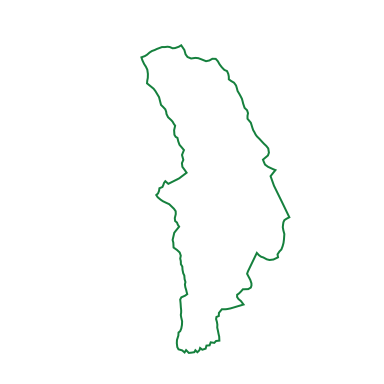 Cerqueira César, São Paulo, Brazil, rotated 149°
{"feature_id": "56859067B82361031328738", "entity_name": "Cerqueira César", "entity_type": "district", "adm_level": 2, "iso_a3": "BRA", "parent_name": "Brazil", "parent_adm1": "São Paulo", "projection": "albers", "projection_center": [-49.128, -23.072], "detail": "fine", "context": "isolated", "style": "outline", "palette": "green", "viewbox_px": 384, "rotation_deg": 149, "n_neighbors": 0, "source": "geoboundaries", "source_scale": "gbopen_adm2", "svg_char_len": 3054}
<svg xmlns="http://www.w3.org/2000/svg" viewBox="0 0 384 384"><g transform="rotate(149 192 192)"><path d="M116.5,165.1L113.1,166.4L109.2,167.8L110.8,169.9L113.9,174.5L115.3,177.9L114.9,181.0L114.5,183.2L108.1,184.2L105.8,186.1L104.2,190.1L104.6,193.2L105.5,196.4L106.1,199.2L106.8,202.7L107.7,206.2L107.9,208.5L107.7,211.2L107.7,213.4L107.2,215.8L106.6,218.2L105.9,221.1L106.7,226.2L105.2,228.7L103.4,230.7L102.7,233.7L103.6,237.0L102.6,241.5L101.9,243.7L101.2,246.2L101.0,249.2L100.9,251.9L100.9,255.1L100.1,257.8L99.4,260.6L99.7,264.1L101.2,266.8L102.4,269.6L101.0,272.0L100.1,274.5L99.7,277.6L101.4,280.0L102.2,283.5L102.6,287.1L102.5,290.8L103.1,293.9L105.9,295.7L109.4,295.8L112.6,296.9L115.7,301.0L117.7,303.5L120.0,305.2L124.0,306.9L126.3,310.0L126.6,313.3L125.4,317.7L125.7,323.3L128.5,323.3L132.4,324.1L134.6,325.2L136.4,327.7L138.1,329.1L140.8,330.3L143.1,331.7L146.3,332.3L148.5,332.7L150.8,332.9L153.8,333.5L156.6,333.4L159.9,332.8L162.5,332.8L166.0,333.5L166.7,330.4L167.1,326.4L167.0,323.1L167.3,319.9L169.0,315.9L171.1,312.6L173.0,310.5L174.6,308.3L171.7,300.3L171.4,297.3L171.4,290.3L173.7,282.6L173.0,279.9L172.3,276.6L172.8,274.1L173.7,272.0L174.0,268.4L172.8,264.3L172.4,262.2L172.5,259.8L172.3,257.5L175.5,254.2L177.6,250.1L177.6,247.7L176.6,245.9L177.7,242.5L178.4,238.9L177.8,235.3L177.3,232.1L181.5,228.9L182.9,224.0L185.8,221.9L187.3,218.5L186.9,214.6L186.7,211.3L196.0,210.3L208.1,211.2L209.3,215.0L211.3,214.2L212.8,212.9L214.8,211.5L218.0,212.0L219.6,210.0L221.8,208.3L224.2,207.8L224.1,205.2L222.9,201.7L221.7,199.1L219.8,196.2L217.8,193.3L217.1,190.7L216.1,186.9L215.9,183.9L217.3,181.4L220.2,178.5L221.4,175.8L220.6,173.5L221.0,171.3L220.9,168.9L225.6,167.2L228.2,166.2L230.4,163.9L233.3,160.9L234.1,158.2L236.4,153.9L234.7,150.0L233.7,146.5L234.4,143.2L236.4,141.0L237.2,138.5L238.7,135.8L238.7,133.1L240.2,130.2L241.4,126.8L241.6,124.4L243.2,121.2L244.0,118.2L245.7,116.4L246.8,113.7L247.4,111.2L248.1,109.0L248.7,106.9L251.3,106.7L255.4,107.2L257.5,105.9L259.1,102.5L261.0,98.8L262.3,96.0L263.5,94.1L264.9,92.4L265.8,90.2L267.1,86.2L269.1,83.2L271.5,80.5L273.8,78.8L275.9,78.5L277.7,75.9L281.1,72.9L282.9,70.2L284.5,66.6L284.6,64.1L282.0,61.3L281.0,58.3L278.5,59.5L277.6,55.7L275.0,54.5L272.5,53.5L270.6,54.6L269.9,51.9L267.2,52.5L265.4,54.1L264.4,51.5L261.0,50.7L258.7,52.9L255.9,51.5L253.4,53.5L250.6,51.2L248.1,51.9L245.1,50.5L243.2,54.0L242.3,56.8L241.3,59.5L240.2,62.8L238.6,65.2L237.6,67.7L236.8,70.7L235.4,72.3L232.9,71.9L231.2,74.5L226.8,76.1L224.2,74.5L222.3,73.6L219.0,72.4L205.8,69.0L206.2,73.2L207.3,76.4L207.4,78.8L206.2,80.7L204.1,80.8L200.9,81.6L198.5,82.4L196.0,81.0L193.8,79.8L190.8,79.8L189.2,81.2L188.1,83.1L187.3,86.7L186.9,93.5L185.0,95.1L167.8,106.4L167.2,103.4L166.1,100.9L164.6,99.2L162.6,95.8L160.6,93.8L157.0,92.2L154.1,91.9L151.9,91.7L150.8,94.5L147.7,96.0L145.0,96.7L142.3,98.8L139.8,101.2L137.5,104.1L134.5,108.4L133.5,111.9L132.3,115.1L130.7,117.2L129.2,119.0L127.3,120.3L124.7,120.4L121.6,120.2L120.0,137.6L118.5,155.2L116.5,165.1Z" fill="none" stroke="#15803d" stroke-width="2"/></g></svg>